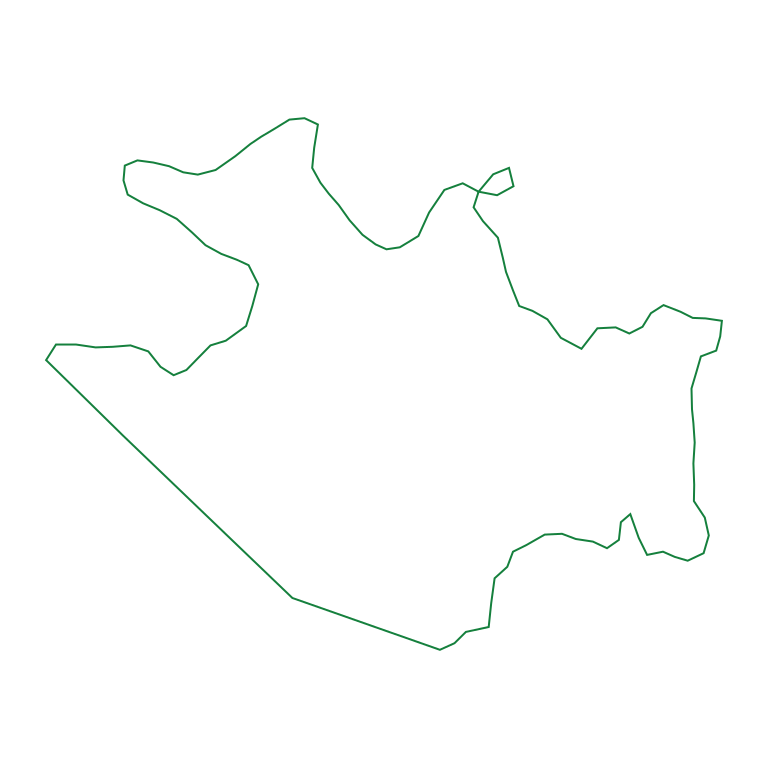 outline of Marema, Santa Catarina, Brazil
{"feature_id": "56859067B18481961771454", "entity_name": "Marema", "entity_type": "district", "adm_level": 2, "iso_a3": "BRA", "parent_name": "Brazil", "parent_adm1": "Santa Catarina", "projection": "robinson", "projection_center": [-52.623, -26.808], "detail": "fine", "context": "isolated", "style": "outline", "palette": "green", "viewbox_px": 768, "rotation_deg": 0, "n_neighbors": 0, "source": "geoboundaries", "source_scale": "gbopen_adm2", "svg_char_len": 1576}
<svg xmlns="http://www.w3.org/2000/svg" viewBox="0 0 768 768"><path d="M439.9,649.8L454.5,643.2L465.9,631.9L488.7,627.0L491.2,603.2L494.6,578.3L507.3,566.8L513.0,551.7L526.3,545.1L544.7,534.6L562.0,533.8L575.8,539.0L592.9,541.6L607.0,548.2L618.9,539.9L620.9,522.2L630.3,514.1L638.7,537.8L647.1,554.9L663.0,551.7L674.8,556.9L687.7,560.7L703.6,553.2L708.8,535.5L704.8,517.6L693.9,501.1L694.2,484.9L693.4,463.4L694.7,442.6L693.4,423.2L692.0,409.3L691.5,388.5L696.4,372.0L700.9,356.4L716.2,350.6L720.2,336.4L721.9,320.8L705.6,318.4L692.7,317.9L680.6,311.8L663.5,305.1L650.9,313.2L642.5,326.8L629.3,333.5L615.7,327.4L597.4,328.3L581.5,348.8L560.8,337.8L547.4,319.3L532.5,310.9L519.2,306.0L513.0,290.4L506.0,271.9L502.8,257.7L497.9,237.7L483.0,221.2L473.6,207.3L478.6,191.7L462.7,183.3L444.4,189.9L429.1,212.5L418.4,236.0L399.8,247.3L386.5,249.3L375.6,244.4L362.5,234.8L349.6,220.3L338.7,205.0L328.8,193.7L320.4,182.7L312.2,167.9L314.2,147.7L317.9,124.5L304.5,118.2L289.4,119.6L274.8,128.6L261.2,136.7L250.5,143.9L235.4,156.1L215.6,170.0L197.8,174.6L183.2,172.3L169.1,166.2L153.2,162.5L137.4,160.4L124.8,165.6L123.5,180.4L127.7,194.6L143.1,203.3L159.7,210.2L176.8,218.9L192.1,232.5L205.5,245.2L221.3,253.9L236.7,259.7L248.6,265.2L258.2,284.3L252.3,306.0L246.1,326.0L225.8,340.7L210.5,345.4L198.3,357.8L186.4,370.0L173.6,375.2L160.5,366.8L148.3,351.4L130.5,345.4L112.7,346.8L95.6,347.4L75.8,344.5L56.0,344.5L46.1,360.1L122.8,435.4L292.4,598.0L439.9,649.8ZM478.6,191.7L497.1,195.2L513.5,186.2L509.0,167.9L493.2,174.3L478.6,191.7Z" fill="none" stroke="#15803d" stroke-width="2"/></svg>